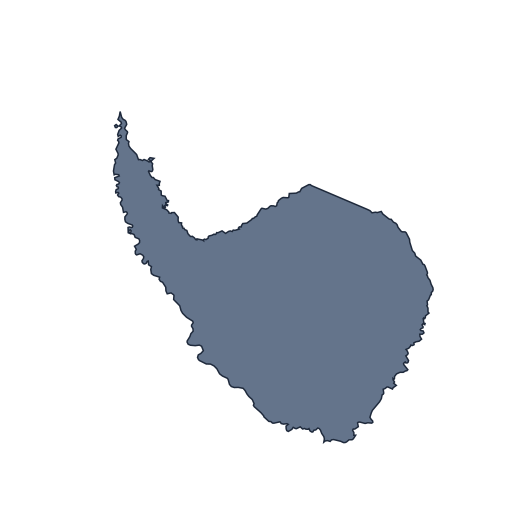 outline of São Miguel do Araguaia, Goiás, Brazil, rotated 311°
{"feature_id": "56859067B80588795787306", "entity_name": "São Miguel do Araguaia", "entity_type": "district", "adm_level": 2, "iso_a3": "BRA", "parent_name": "Brazil", "parent_adm1": "Goiás", "projection": "robinson", "projection_center": [-50.279, -12.987], "detail": "fine", "context": "isolated", "style": "filled", "palette": "slate", "viewbox_px": 512, "rotation_deg": 311, "n_neighbors": 0, "source": "geoboundaries", "source_scale": "gbopen_adm2", "svg_char_len": 6118}
<svg xmlns="http://www.w3.org/2000/svg" viewBox="0 0 512 512"><g transform="rotate(311 256 256)"><path d="M262.8,115.0L260.7,111.5L258.4,111.4L258.6,113.4L257.6,114.1L256.8,113.6L256.6,111.8L255.4,108.2L253.6,107.7L252.7,105.1L251.6,104.1L254.3,99.3L254.9,90.8L255.6,88.0L257.3,85.9L259.0,85.1L258.8,81.7L261.7,79.1L264.9,78.1L265.5,77.3L265.6,74.6L266.2,73.0L270.5,72.1L271.2,71.2L272.3,69.5L272.5,67.9L272.0,66.3L272.5,63.7L275.9,58.7L271.9,61.1L268.5,62.2L268.5,66.5L267.6,67.6L264.4,67.4L265.0,69.9L264.3,70.6L261.0,70.3L256.9,71.9L255.8,73.6L258.1,74.2L258.2,75.6L257.1,76.3L253.8,75.1L252.5,75.7L252.3,77.2L251.4,78.3L244.7,80.2L242.9,84.6L241.8,85.7L238.4,86.8L236.1,86.2L234.0,89.1L232.1,89.3L226.6,92.7L224.2,95.7L225.4,96.2L227.3,99.0L226.7,100.3L222.4,98.0L221.0,99.5L222.0,103.5L221.7,104.9L220.2,105.1L218.7,104.1L217.5,104.4L217.1,105.7L217.6,106.8L217.1,107.6L216.1,107.8L214.4,106.9L212.5,107.8L211.6,108.8L213.5,110.2L213.4,111.2L211.2,111.5L210.7,113.4L211.6,115.1L211.4,117.0L210.5,118.2L207.2,118.7L206.0,120.2L205.3,123.2L202.0,127.4L204.1,128.8L204.3,130.0L203.5,131.2L199.5,131.4L197.6,133.0L196.2,135.0L196.5,137.9L198.2,142.2L197.8,143.3L196.6,143.8L195.7,143.2L194.9,141.5L193.6,140.7L189.7,144.3L190.2,145.8L191.2,143.8L192.0,143.3L193.3,144.0L193.1,145.2L191.2,146.2L190.8,147.0L191.6,148.0L192.2,149.9L190.8,152.6L192.1,156.3L191.3,158.1L189.7,159.3L187.9,159.3L183.7,157.9L182.5,161.3L180.4,161.7L178.7,163.3L178.4,164.2L178.5,165.2L181.7,167.1L182.3,170.0L181.8,171.8L180.3,172.7L177.5,173.1L176.6,174.3L176.4,176.2L177.0,177.3L178.6,177.9L180.5,177.4L181.5,178.0L178.9,180.7L179.4,184.1L176.8,185.4L174.1,188.6L174.3,191.4L176.8,197.2L174.9,198.1L174.2,200.5L174.9,202.7L173.2,208.4L170.6,210.9L169.2,213.8L172.4,216.1L172.7,219.2L172.3,220.1L169.1,222.4L168.4,231.1L165.7,235.1L164.6,238.2L164.2,243.8L165.3,251.0L164.4,252.4L161.6,252.7L160.7,253.4L159.8,256.1L158.0,257.9L154.7,257.8L151.8,259.0L146.7,259.8L145.8,260.5L144.9,262.7L145.6,265.0L148.5,269.0L151.6,271.7L152.2,274.1L150.0,278.4L146.3,278.3L143.5,277.3L141.1,278.4L140.1,280.5L140.0,281.9L141.9,289.3L144.6,292.6L145.5,296.4L145.2,300.5L143.2,305.8L143.4,309.4L144.9,314.6L144.6,315.9L141.7,320.2L141.3,323.0L142.5,325.9L145.2,328.8L147.7,333.1L147.3,336.0L145.9,339.8L145.3,342.8L145.2,347.4L143.3,351.4L141.6,352.0L141.1,353.6L141.0,362.6L140.4,366.7L139.8,367.5L139.6,374.2L140.8,375.9L140.7,378.0L141.6,379.2L146.6,382.9L146.1,385.0L147.2,387.1L149.8,389.4L150.1,390.8L147.3,390.3L145.3,392.2L144.4,393.8L144.8,395.5L148.6,396.8L151.1,396.5L151.6,398.9L152.2,399.8L156.1,401.5L156.0,404.7L157.7,405.8L158.0,407.2L159.4,409.0L160.5,409.2L159.4,411.6L159.7,413.5L160.4,414.3L162.5,414.0L163.9,415.2L166.7,415.5L167.2,416.8L166.9,418.8L165.2,422.0L164.2,425.7L162.8,427.6L160.0,429.3L161.9,429.6L163.6,431.1L164.7,433.6L166.8,433.6L168.4,435.0L171.7,441.4L172.6,444.5L173.6,445.6L175.0,446.3L178.3,446.8L180.4,449.1L181.8,449.4L186.1,448.8L184.9,447.4L186.9,445.8L187.9,443.2L189.2,442.9L190.2,444.1L194.3,445.2L196.7,442.1L197.6,442.2L198.8,443.3L201.2,448.2L203.5,449.8L205.8,453.0L207.1,453.3L208.0,452.3L208.3,449.9L209.0,447.8L213.3,445.9L215.9,445.1L227.1,444.9L230.6,444.2L233.9,442.3L235.3,442.7L236.3,442.4L238.9,439.4L240.5,440.3L243.0,440.8L243.7,441.5L245.1,446.3L246.5,445.9L250.4,446.8L250.3,443.4L251.8,443.2L252.5,440.7L253.4,439.8L253.4,441.0L254.2,441.0L256.0,439.6L259.2,439.4L262.7,441.0L264.8,443.4L267.5,444.3L268.3,445.1L269.8,445.2L271.0,438.7L271.8,437.8L273.9,438.1L273.6,439.2L274.5,440.3L275.5,440.5L277.2,439.7L278.9,434.6L281.1,435.1L282.5,434.6L283.6,432.3L283.9,430.5L286.6,431.8L289.3,431.8L290.3,431.3L291.1,432.8L292.8,433.5L293.9,432.1L296.2,433.0L298.7,435.0L301.9,435.5L302.8,432.6L304.4,430.9L306.2,432.9L308.2,433.2L309.1,431.3L307.9,429.4L308.1,428.3L309.6,428.2L311.3,429.1L312.1,428.7L312.9,426.5L314.5,426.5L314.9,428.4L316.0,427.9L315.5,426.7L318.5,423.2L319.4,423.2L319.4,424.4L320.6,424.2L322.0,423.2L326.4,424.0L326.6,422.5L329.5,420.0L330.6,417.5L331.7,417.5L334.2,414.7L336.1,415.0L341.0,413.3L341.8,413.7L343.4,412.3L345.5,412.4L346.9,411.7L348.1,410.3L349.6,406.7L351.8,403.2L352.5,399.8L353.4,398.6L353.7,397.2L355.2,396.9L356.1,396.1L359.4,390.0L359.8,388.6L359.3,387.3L361.0,383.1L360.7,376.5L362.3,374.0L362.7,370.4L367.3,363.0L369.3,360.9L372.1,354.0L372.0,352.7L370.1,350.4L369.9,349.2L370.8,344.4L372.2,341.9L372.4,340.0L371.7,337.5L372.4,333.9L371.6,333.1L371.2,331.9L370.9,324.1L371.8,321.3L368.4,319.1L367.4,317.4L364.7,315.2L365.0,312.3L364.1,309.1L345.5,251.6L345.5,250.2L344.5,249.0L337.0,246.1L333.2,246.9L332.2,246.0L329.9,245.2L325.0,240.1L321.9,242.2L320.9,241.9L318.0,238.1L316.3,237.3L312.5,236.6L311.5,237.2L310.1,237.1L307.5,238.6L305.9,238.0L305.5,236.6L303.8,234.4L302.6,233.9L299.7,233.7L297.8,232.6L295.9,229.1L295.0,228.9L287.9,229.9L286.5,230.5L284.9,229.7L282.8,229.5L281.9,228.6L280.6,228.8L274.8,227.5L271.8,224.7L269.3,225.1L268.4,225.8L267.0,224.3L265.5,224.4L265.3,225.7L261.6,223.3L260.6,221.8L258.9,222.0L258.0,220.1L256.6,219.2L253.1,218.2L252.7,213.9L248.5,212.0L247.9,211.0L246.1,211.4L245.3,211.0L245.0,210.0L242.8,209.2L240.3,207.4L239.1,207.4L238.2,208.2L235.6,207.5L234.9,206.0L233.8,205.7L233.1,206.5L232.9,205.0L230.2,200.2L229.4,200.8L228.8,199.7L229.3,197.7L229.1,195.0L227.9,194.1L227.8,193.0L228.2,189.9L229.9,187.1L229.2,185.0L229.7,183.3L229.0,182.7L229.3,181.7L230.2,181.1L230.1,180.1L230.6,179.3L232.2,178.1L230.5,175.7L231.8,173.8L234.3,171.8L235.3,165.9L233.4,163.9L232.5,164.0L231.3,162.1L232.0,161.3L232.3,158.3L230.9,153.8L232.7,152.4L232.2,154.8L232.5,155.7L233.5,155.6L234.0,154.2L235.3,154.3L235.7,156.0L236.6,155.9L236.4,153.6L237.1,152.8L239.3,154.4L240.4,153.6L239.6,152.6L241.4,148.1L240.0,145.6L239.9,144.5L242.8,141.8L242.2,138.9L243.2,138.4L244.4,134.8L245.9,136.7L247.2,135.5L249.4,134.6L247.5,129.7L247.9,127.1L247.0,126.0L247.5,123.4L249.3,119.4L250.1,119.3L250.8,121.4L251.5,122.0L252.3,122.0L253.6,121.4L256.1,118.4L257.8,117.5L258.2,115.4L259.1,114.6L262.8,115.0ZM263.5,66.8L263.5,64.2L261.6,63.8L260.7,65.6L261.5,66.6L263.5,66.8Z" fill="#64748b" stroke="#1e293b" stroke-width="1.5"/></g></svg>